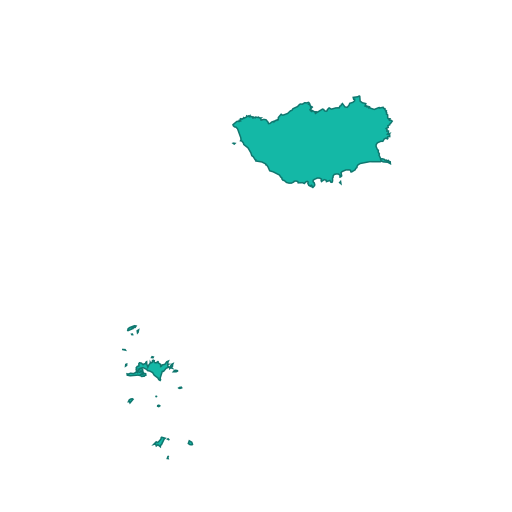 outline of Jepara, Jawa Tengah, Indonesia, rotated 237°
{"feature_id": "22746128B68650893607060", "entity_name": "Jepara", "entity_type": "district", "adm_level": 2, "iso_a3": "IDN", "parent_name": "Indonesia", "parent_adm1": "Jawa Tengah", "projection": "robinson", "projection_center": [110.605, -6.261], "detail": "fine", "context": "isolated", "style": "filled", "palette": "teal", "viewbox_px": 512, "rotation_deg": 237, "n_neighbors": 0, "source": "geoboundaries", "source_scale": "gbopen_adm2", "svg_char_len": 6089}
<svg xmlns="http://www.w3.org/2000/svg" viewBox="0 0 512 512"><g transform="rotate(237 256 256)"><path d="M311.5,443.6L312.8,440.2L313.3,440.3L313.6,439.7L314.5,435.0L318.0,432.2L318.7,432.4L318.9,431.5L319.5,432.1L320.0,431.2L320.6,431.3L320.7,430.3L321.6,430.5L321.6,429.8L322.4,429.1L324.0,431.1L326.7,428.6L329.2,427.7L333.4,430.0L334.0,429.7L334.1,428.1L336.1,423.9L334.3,423.3L333.7,424.1L332.4,423.2L332.1,421.0L333.0,417.8L331.8,416.1L331.0,413.5L332.5,411.8L336.7,411.5L336.4,410.8L336.7,410.3L335.8,409.3L336.0,407.8L334.9,406.6L336.7,403.7L338.1,399.2L340.4,398.0L339.9,395.6L339.1,394.9L339.2,393.6L340.5,392.5L342.0,392.6L343.0,391.8L343.2,383.5L343.9,383.7L344.3,384.8L345.2,383.5L347.1,382.6L346.8,381.7L348.4,381.8L347.5,381.2L348.2,380.8L349.4,381.0L350.2,384.3L351.0,384.1L350.8,382.8L353.0,383.6L354.4,382.9L354.3,383.9L355.8,383.9L356.3,383.7L356.8,381.8L358.0,380.4L358.1,377.5L359.3,376.0L359.4,375.0L358.7,372.2L359.4,367.2L358.6,365.4L359.0,364.0L358.3,360.2L359.3,355.8L359.8,354.8L361.2,354.3L360.0,350.2L358.2,348.9L358.8,348.0L358.3,347.4L359.0,346.5L358.7,344.4L359.2,344.7L359.8,342.2L359.5,340.0L360.2,338.6L361.7,339.0L364.8,338.6L366.3,337.0L367.2,334.3L368.9,334.8L369.0,335.5L370.0,334.0L371.1,333.8L371.2,333.0L372.7,331.4L372.3,330.7L373.7,329.7L373.1,329.5L373.4,328.5L374.9,328.5L375.9,327.7L376.0,326.8L377.0,327.4L377.0,326.3L377.6,326.0L377.3,325.3L378.6,324.5L377.7,323.6L378.1,321.4L378.6,321.1L378.0,320.7L378.6,319.5L378.3,319.0L379.5,318.0L379.4,317.3L378.5,317.3L378.6,316.6L377.9,316.5L378.6,315.8L377.9,315.6L378.0,314.9L378.6,314.8L379.3,313.2L378.7,308.2L377.6,307.9L376.0,308.3L374.9,309.4L372.7,309.8L363.7,307.7L361.8,306.9L361.1,305.8L360.2,306.7L357.8,307.0L356.1,306.5L351.0,308.2L345.4,307.9L342.4,307.1L340.7,307.8L337.2,307.7L336.8,308.2L335.8,307.6L331.7,312.1L327.9,314.3L327.1,313.9L326.4,314.5L324.4,314.6L320.0,313.9L317.3,316.2L311.1,319.8L308.9,319.7L307.4,320.2L306.5,319.7L304.7,319.9L304.0,320.8L301.1,321.6L299.1,323.4L297.8,325.5L297.5,328.0L297.9,328.7L297.1,330.4L295.7,331.6L294.4,331.2L292.1,335.0L290.5,336.0L291.0,338.5L290.6,339.7L289.6,340.0L288.6,339.0L286.4,338.8L284.9,339.6L285.3,340.2L285.1,341.2L284.1,341.1L283.6,340.5L282.5,341.0L283.1,343.4L283.8,344.1L285.7,344.7L287.1,344.3L288.4,345.2L288.5,346.5L288.0,349.9L286.7,351.8L284.8,352.8L283.8,351.7L282.8,351.5L282.9,354.8L281.3,356.1L280.0,355.6L279.1,359.1L277.1,359.0L276.5,359.7L276.5,360.3L277.5,361.3L279.7,362.6L280.1,363.6L281.1,364.2L281.8,366.1L280.9,368.4L279.7,369.9L277.5,370.4L276.6,369.4L276.2,369.9L276.5,371.5L279.6,372.7L279.9,374.2L279.2,378.4L277.2,381.4L276.4,381.9L274.8,381.4L274.4,382.0L274.3,386.2L275.1,387.3L275.2,388.8L276.2,389.6L276.9,391.2L276.8,393.8L273.2,402.7L267.3,411.7L267.3,412.9L265.7,413.9L262.9,417.5L260.2,419.0L262.0,419.9L262.8,419.1L264.1,419.1L264.5,417.7L265.4,417.6L266.0,416.4L267.3,416.2L269.0,414.6L269.2,413.5L268.2,412.6L270.0,413.6L273.5,414.1L274.5,415.1L276.6,415.1L278.0,416.2L279.4,415.8L282.6,416.4L284.0,417.5L284.8,419.5L284.2,423.2L283.1,424.8L284.3,427.3L284.1,429.1L282.6,430.0L282.8,430.6L284.0,430.9L284.3,431.5L283.3,433.2L284.8,434.1L285.4,433.9L285.7,434.5L285.8,433.4L286.6,432.6L287.0,434.1L288.7,435.2L289.5,433.8L290.7,434.8L292.1,434.6L291.8,436.9L293.5,437.6L293.2,439.6L294.0,440.4L294.0,441.4L294.9,443.7L296.6,443.0L297.0,441.9L297.7,441.8L298.2,443.0L299.0,441.9L300.0,441.6L302.7,443.3L304.0,442.7L304.8,443.6L306.3,443.6L306.6,444.4L308.6,443.8L309.4,444.4L310.4,443.4L311.5,443.6ZM227.4,83.7L226.2,83.1L224.1,85.2L220.4,92.1L218.6,94.0L217.2,94.5L216.0,97.0L216.4,97.6L216.0,98.7L217.4,99.4L218.3,98.5L218.6,97.1L218.2,96.6L218.9,96.4L219.5,93.9L219.4,98.0L220.6,98.2L221.8,95.4L222.4,96.5L221.3,98.2L222.0,99.0L224.1,98.9L224.6,97.9L224.3,96.0L222.6,93.2L223.0,93.0L224.3,94.4L225.2,96.7L224.0,100.4L220.3,102.6L219.0,102.6L217.3,104.3L214.5,105.8L211.5,105.7L207.1,107.3L205.3,107.1L203.8,107.8L204.2,108.6L205.7,109.0L210.3,114.6L209.6,115.6L210.8,119.5L210.1,122.7L211.6,122.0L212.8,122.7L212.8,123.5L213.1,123.0L214.7,124.0L215.6,125.3L215.9,123.5L214.8,120.5L215.7,118.2L215.0,116.5L215.2,115.8L217.0,117.0L219.7,115.8L220.4,116.2L220.4,115.7L220.9,115.8L220.8,114.1L221.6,113.1L222.9,112.9L223.6,113.6L224.0,112.6L224.6,112.8L224.5,112.0L223.3,111.0L223.6,109.3L224.4,109.4L223.6,108.8L223.2,107.2L221.6,104.7L225.0,105.6L226.9,106.7L226.9,105.9L225.9,104.5L226.5,103.4L226.3,102.1L228.5,101.6L229.9,100.2L229.6,99.2L227.6,97.9L228.1,96.3L227.4,94.5L226.6,94.7L225.9,93.5L224.7,93.4L223.8,91.8L224.1,89.2L226.0,87.0L226.6,84.4L227.4,83.7ZM154.5,71.1L153.7,67.6L153.1,69.4L151.0,68.9L151.1,70.9L148.1,71.9L149.3,72.8L149.2,73.9L150.5,76.0L150.8,75.5L150.7,76.4L152.4,79.1L152.6,80.6L155.4,78.2L155.4,77.7L154.2,76.5L153.2,72.9L153.4,71.7L154.5,71.1ZM264.7,109.2L263.4,107.8L263.1,108.0L262.4,112.0L262.7,112.4L262.3,112.9L262.9,113.3L262.3,113.6L262.6,114.5L261.9,115.7L262.6,117.3L263.7,116.2L264.8,111.2L264.7,109.2ZM135.6,97.1L133.7,97.9L132.5,99.5L132.6,100.2L134.8,100.7L137.4,99.4L135.6,97.1ZM204.4,71.5L203.3,69.6L202.7,70.6L201.4,70.3L202.8,74.9L203.7,74.5L204.3,73.0L204.4,71.5ZM211.1,126.1L209.5,123.0L208.6,122.4L208.7,123.6L207.5,124.6L208.6,124.4L209.2,126.2L210.0,126.4L210.9,127.7L211.1,126.1ZM202.6,127.7L204.0,126.4L204.3,124.8L203.9,123.6L202.4,125.9L202.2,127.5L202.6,127.7ZM258.0,115.6L256.0,114.7L256.2,115.5L258.0,117.3L258.0,115.6ZM186.7,121.9L187.4,120.3L187.4,119.3L186.8,119.5L186.1,120.7L185.9,121.9L186.7,121.9ZM183.6,91.7L182.6,92.4L182.7,93.7L183.8,93.3L184.1,92.1L183.6,91.7ZM235.8,88.7L236.0,87.7L234.7,86.6L234.7,87.9L235.8,88.7ZM272.0,366.1L270.4,366.6L272.4,367.5L272.0,366.1ZM227.2,114.9L228.2,114.0L227.7,113.1L226.8,114.2L227.2,114.9ZM248.8,95.2L250.6,92.8L248.2,95.2L248.8,95.2ZM361.9,299.7L362.9,298.6L363.0,298.2L361.7,298.7L361.9,299.7ZM135.8,73.0L134.5,71.3L133.9,72.0L135.3,72.4L135.7,73.8L135.8,73.0ZM148.9,83.1L150.6,82.7L150.6,82.1L148.9,83.1ZM258.2,109.1L257.5,109.1L257.2,109.7L257.9,109.8L258.2,109.1ZM191.9,96.4L192.6,96.1L193.0,95.1L191.9,96.4Z" fill="#14b8a6" stroke="#0f766e" stroke-width="1.5"/></g></svg>